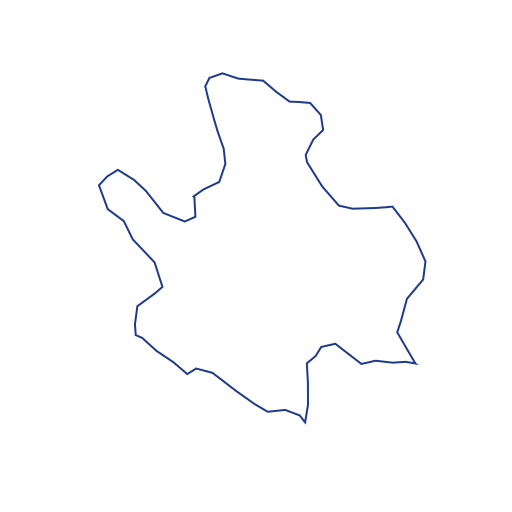 outline of Skövde, Västra Götaland, Sweden, rotated 58°
{"feature_id": "70781695B28625719623637", "entity_name": "Skövde", "entity_type": "district", "adm_level": 2, "iso_a3": "SWE", "parent_name": "Sweden", "parent_adm1": "Västra Götaland", "projection": "natural_earth1", "projection_center": [13.916, 58.441], "detail": "fine", "context": "isolated", "style": "outline", "palette": "blue", "viewbox_px": 512, "rotation_deg": 58, "n_neighbors": 0, "source": "geoboundaries", "source_scale": "gbopen_adm2", "svg_char_len": 1131}
<svg xmlns="http://www.w3.org/2000/svg" viewBox="0 0 512 512"><g transform="rotate(58 256 256)"><path d="M319.7,376.9L319.7,366.4L332.1,354.8L360.1,344.3L380.3,335.9L394.3,328.6L402.0,312.8L414.4,303.4L423.1,302.5L409.8,290.8L391.1,279.2L374.0,269.8L372.4,258.3L367.7,248.9L372.4,235.3L403.4,223.8L408.1,210.2L418.9,196.6L425.1,185.1L431.7,177.7L431.3,177.8L395.6,176.7L387.8,167.4L372.3,150.7L364.5,126.7L350.5,115.2L328.8,112.1L307.1,112.1L286.4,114.1L283.0,121.0L278.0,130.3L267.1,149.0L257.2,159.0L232.3,163.0L203.5,163.0L196.6,160.3L187.6,145.7L184.7,132.3L170.8,126.3L154.9,129.0L147.9,138.3L142.9,145.7L131.3,150.3L128.0,151.7L111.1,157.0L103.2,167.7L96.2,177.0L83.3,187.7L80.3,201.1L85.2,209.1L86.1,209.4L97.1,213.1L118.0,219.2L129.9,222.5L147.8,226.5L161.7,233.2L173.7,247.9L171.7,265.4L172.4,277.4L173.5,277.1L190.6,286.6L189.0,298.1L170.4,311.8L142.4,314.9L126.9,319.1L109.7,327.5L109.7,340.1L112.8,351.7L137.7,356.9L156.4,349.6L176.6,351.7L207.7,345.4L232.6,351.7L234.1,361.1L235.7,383.2L249.7,394.8L259.3,399.9L265.2,395.9L283.9,390.6L302.6,382.2L319.7,376.9Z" fill="none" stroke="#1e3a8a" stroke-width="2"/></g></svg>